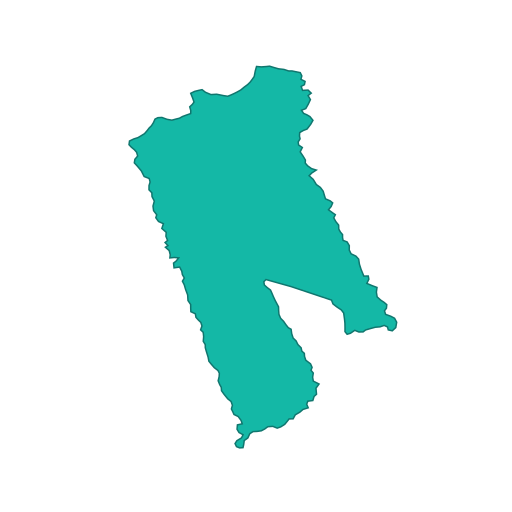 Campo Azul, Minas Gerais, Brazil (Natural Earth projection), rotated 287°
{"feature_id": "56859067B68712405721437", "entity_name": "Campo Azul", "entity_type": "district", "adm_level": 2, "iso_a3": "BRA", "parent_name": "Brazil", "parent_adm1": "Minas Gerais", "projection": "natural_earth1", "projection_center": [-44.775, -16.516], "detail": "fine", "context": "isolated", "style": "filled", "palette": "teal", "viewbox_px": 512, "rotation_deg": 287, "n_neighbors": 0, "source": "geoboundaries", "source_scale": "gbopen_adm2", "svg_char_len": 3901}
<svg xmlns="http://www.w3.org/2000/svg" viewBox="0 0 512 512"><g transform="rotate(287 256 256)"><path d="M329.0,101.4L325.3,102.0L323.6,105.0L322.1,108.6L320.3,111.5L317.0,113.6L313.1,111.9L309.5,112.4L307.4,116.0L303.9,121.4L299.3,125.8L298.9,131.2L295.8,133.1L292.1,133.1L288.0,134.3L286.0,137.9L282.4,139.2L278.8,142.7L273.6,142.9L269.4,144.8L266.4,149.0L263.3,149.0L260.5,152.7L259.8,158.0L254.8,157.9L252.4,163.2L248.5,164.1L245.0,166.9L242.3,165.1L240.2,168.8L237.9,166.8L235.8,171.4L232.1,173.6L229.0,174.2L230.7,178.3L231.6,182.6L227.8,181.1L225.1,179.2L220.7,181.1L223.1,186.2L219.7,189.5L216.7,191.0L214.0,193.9L210.4,193.0L207.5,195.8L203.5,198.4L198.8,202.0L193.5,204.0L190.5,207.7L187.0,208.8L183.7,210.0L183.0,214.9L179.8,216.5L177.8,219.8L176.4,222.6L173.3,224.8L169.2,224.6L167.6,227.8L163.6,229.5L159.0,230.5L156.4,233.4L153.5,234.3L150.1,236.5L145.4,239.7L141.6,241.7L139.3,245.1L137.0,248.8L135.4,253.1L133.2,255.2L130.0,256.0L125.6,256.3L122.4,258.9L120.2,261.2L117.1,262.4L114.4,265.9L111.1,270.8L109.6,274.7L106.3,277.1L102.5,277.2L100.2,279.4L98.0,281.3L97.3,285.9L94.3,289.9L91.5,291.9L89.1,287.6L84.8,288.5L82.2,291.4L81.3,295.9L77.8,295.3L73.8,291.7L70.5,290.8L68.0,293.1L67.7,296.4L68.9,299.6L71.8,299.4L76.1,298.7L79.6,301.4L84.2,302.0L87.2,304.5L88.6,308.4L90.4,312.2L93.2,315.0L96.2,317.2L98.0,321.9L97.6,326.6L99.8,329.6L103.4,332.7L107.3,334.3L109.9,335.3L111.1,339.1L115.6,340.0L119.5,343.6L123.0,345.8L126.1,350.3L129.1,347.8L132.3,348.0L134.4,352.6L138.7,352.6L141.5,354.3L147.1,352.0L152.0,353.7L153.1,347.4L156.6,345.6L160.8,345.0L162.8,342.0L165.9,342.2L168.8,339.7L170.9,334.1L174.1,331.8L177.0,330.7L178.5,327.6L181.4,326.0L183.6,321.9L186.5,319.2L188.4,315.5L192.1,312.9L196.2,311.0L196.9,307.8L199.2,304.5L201.6,301.5L203.6,297.8L206.9,295.0L210.5,293.6L214.0,292.4L216.3,290.1L219.0,287.4L222.1,284.6L225.1,282.1L227.7,279.8L229.1,275.9L230.7,272.5L233.7,271.0L236.4,272.4L237.0,298.6L235.9,341.1L232.7,343.6L231.0,348.0L229.4,353.3L227.1,356.5L224.3,357.8L221.7,359.0L217.7,360.7L213.4,362.1L209.7,363.2L207.8,366.0L209.7,368.9L213.8,372.2L213.4,376.5L214.7,380.6L217.3,382.4L220.1,386.7L222.8,391.0L224.5,395.3L227.1,398.9L226.6,402.5L224.0,404.1L224.3,408.2L228.4,410.6L233.8,409.9L237.0,406.7L237.8,402.5L238.1,397.0L241.1,394.9L244.2,396.0L247.7,395.3L249.1,392.1L250.3,388.1L252.3,383.8L256.6,381.7L261.3,380.9L261.6,375.8L262.2,370.0L266.8,370.7L269.7,369.2L268.3,365.0L271.1,362.7L273.9,360.4L278.4,357.3L283.0,355.1L285.1,351.6L285.9,346.3L289.0,343.4L293.2,342.2L296.1,339.0L296.4,334.7L298.9,333.4L301.8,332.5L303.6,329.7L305.9,327.3L309.7,326.0L312.3,322.2L315.2,319.2L318.7,319.8L319.8,316.3L321.4,311.8L325.3,313.4L329.2,313.8L330.4,310.9L331.0,305.7L334.1,303.6L337.6,301.3L340.4,297.5L342.0,292.8L346.0,288.3L348.3,283.3L351.7,285.1L355.8,288.5L355.8,283.6L357.3,279.1L359.3,275.9L362.2,275.2L365.2,271.9L368.5,267.8L373.3,268.6L374.6,264.3L377.4,263.0L380.9,263.9L383.4,262.5L386.8,261.7L390.0,264.7L392.3,267.7L397.9,269.8L402.4,270.8L405.1,266.8L405.9,263.4L406.3,259.8L408.7,256.9L411.5,260.5L416.4,261.6L421.5,262.3L424.6,258.9L427.9,261.2L429.9,257.3L428.0,252.1L431.4,249.6L434.0,252.2L437.3,251.9L438.1,247.3L441.6,247.2L444.3,244.7L443.9,240.6L443.5,236.3L442.5,233.2L442.6,228.2L441.6,222.8L441.5,218.2L441.5,213.5L440.1,210.2L438.4,205.8L437.4,201.1L432.8,201.2L427.1,201.8L423.7,200.7L420.4,199.5L417.5,197.9L414.0,195.3L410.2,192.8L407.3,190.0L405.0,187.6L402.8,185.1L400.5,182.3L399.9,178.1L399.2,171.1L397.2,165.7L397.8,159.8L399.3,155.8L397.6,152.7L395.5,149.2L392.5,146.0L388.8,149.0L385.1,151.7L382.4,150.8L379.3,149.0L376.0,151.1L373.1,151.9L370.5,148.3L367.9,144.9L365.4,142.5L363.6,139.5L361.3,135.8L360.7,130.9L361.0,125.5L359.6,121.7L357.4,119.4L353.4,118.9L349.9,117.9L347.2,116.4L344.2,115.3L340.4,113.6L337.2,110.8L334.7,108.5L332.3,105.0L329.0,101.4Z" fill="#14b8a6" stroke="#0f766e" stroke-width="1.5"/></g></svg>